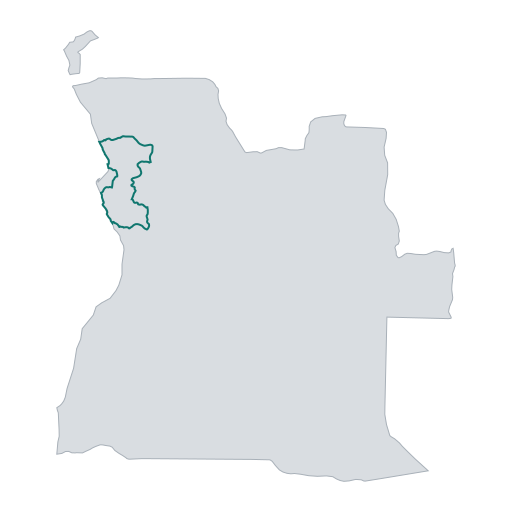 location of Bengo within Angola
{"feature_id": "AGO-1877", "entity_name": "Bengo", "entity_type": "Province", "adm_level": 1, "iso_a3": "AGO", "parent_name": "Angola", "parent_adm1": "", "projection": "albers", "projection_center": [13.878, -9.029], "detail": "fine", "context": "in_parent", "style": "outline", "palette": "teal", "viewbox_px": 512, "rotation_deg": 0, "n_neighbors": 0, "source": "natural_earth", "source_scale": "10m", "svg_char_len": 7604}
<svg xmlns="http://www.w3.org/2000/svg" viewBox="0 0 512 512"><path d="M453.1,248.3L453.7,252.7L454.2,258.7L454.6,263.1L455.1,265.0L455.2,266.1L454.6,267.2L454.0,269.7L453.1,272.0L452.5,273.6L452.9,276.6L451.9,285.2L451.7,289.5L452.7,297.3L452.5,299.6L449.6,306.6L448.8,310.1L448.6,312.0L451.2,317.3L451.0,318.3L448.9,318.6L447.1,318.6L386.9,317.1L384.9,406.8L384.8,414.4L386.5,424.6L389.8,435.6L391.1,436.7L394.6,438.8L399.5,443.0L402.2,446.2L407.7,451.7L415.0,458.8L428.2,470.8L382.7,478.3L365.3,481.1L363.8,481.0L361.3,479.8L355.7,479.4L349.1,480.9L343.9,481.3L340.1,480.5L336.4,478.9L332.8,476.7L326.4,475.9L317.4,476.3L308.8,475.7L300.4,474.2L294.4,473.5L290.8,473.8L287.0,473.3L282.9,472.0L279.4,469.9L275.4,465.5L272.2,461.3L271.3,460.7L270.3,460.0L269.3,459.8L251.4,459.4L142.2,458.6L129.5,459.2L128.5,459.1L126.9,458.6L125.9,457.7L122.3,455.3L119.2,453.5L114.9,450.5L112.2,447.2L109.9,446.1L105.8,445.5L102.7,444.9L100.2,444.8L95.8,446.4L92.5,447.9L90.1,449.4L86.0,451.2L82.5,452.9L76.5,452.7L75.2,452.9L71.8,452.8L68.7,451.4L65.5,451.5L61.9,453.4L56.8,454.2L57.9,441.8L59.2,436.3L59.1,429.8L58.3,412.8L57.4,410.4L56.8,407.7L60.0,405.6L61.6,404.0L63.7,401.1L65.3,397.2L67.1,388.4L73.6,368.3L76.7,348.6L80.7,339.2L82.2,328.7L93.3,315.1L96.1,306.8L101.9,302.7L110.1,298.3L116.0,290.6L118.8,285.2L122.0,274.9L122.0,264.2L124.0,249.8L123.6,245.7L120.5,240.0L119.9,235.9L117.1,231.9L114.0,228.9L112.6,223.5L107.2,214.9L105.8,209.2L103.2,205.1L102.8,200.1L101.4,194.8L98.8,189.5L96.3,183.5L96.3,181.6L97.9,179.3L99.4,178.6L98.8,179.7L97.8,181.1L98.1,182.1L108.0,171.5L108.7,169.4L108.3,167.1L108.3,164.3L108.7,161.0L99.2,141.5L91.7,123.4L90.4,114.2L80.4,102.2L76.4,94.4L74.2,88.9L72.5,86.8L73.1,85.7L75.7,85.5L81.4,84.2L89.2,82.8L96.4,79.6L98.3,78.1L102.2,77.8L106.1,78.7L107.5,78.1L108.3,78.0L117.5,78.0L121.3,77.8L128.3,77.9L132.8,78.1L135.3,78.5L142.2,79.0L150.7,78.9L153.8,78.6L165.0,78.5L186.0,78.2L197.0,78.3L205.4,78.4L209.2,79.6L212.7,81.8L214.3,83.7L215.0,84.6L216.0,86.7L217.9,88.4L218.6,90.9L218.0,94.4L218.2,98.5L219.3,103.4L221.6,108.5L225.0,113.9L226.5,118.1L226.0,121.3L227.1,124.6L229.6,128.1L231.5,130.0L232.6,131.4L235.5,136.8L244.9,151.9L246.3,152.6L248.4,152.4L252.9,151.8L257.3,151.7L260.4,153.1L261.7,152.9L266.4,150.4L271.1,149.6L276.1,148.7L278.6,147.6L281.6,147.6L289.6,149.8L291.1,149.9L297.6,150.0L304.1,149.0L305.2,140.4L305.3,138.7L306.9,135.5L308.9,132.7L309.2,130.0L309.2,126.3L310.7,121.9L315.1,118.4L322.2,116.8L326.2,116.6L332.5,115.7L342.2,114.8L345.7,115.0L346.0,115.5L343.8,121.7L343.8,123.7L344.5,125.7L346.1,126.9L365.2,127.5L383.6,128.5L384.6,128.9L385.4,129.3L386.5,132.4L386.1,138.4L384.1,147.1L384.7,155.3L387.6,162.9L387.7,174.6L384.8,190.3L384.1,200.2L385.4,204.4L388.3,208.8L392.8,213.4L396.2,219.4L398.5,226.7L399.3,231.2L398.6,233.1L398.6,236.4L399.3,241.0L398.3,244.0L395.8,245.5L394.9,247.6L396.1,251.6L396.3,255.2L398.0,257.6L399.1,257.8L401.7,256.6L404.8,254.2L407.2,253.3L410.7,253.5L415.5,254.3L424.0,254.7L426.6,254.4L434.6,251.3L436.7,251.1L439.8,251.5L444.2,252.6L448.6,252.9L450.9,252.0L451.1,250.7L451.8,249.0L453.1,248.3ZM98.4,37.5L97.9,38.0L94.2,39.5L90.4,40.9L85.3,46.5L82.7,48.9L81.9,49.5L79.6,50.8L77.9,52.0L77.9,52.6L79.1,53.3L80.2,54.5L80.2,63.6L79.7,72.6L79.1,73.4L75.8,73.7L71.5,74.3L70.1,74.7L69.6,73.8L68.2,70.6L69.0,67.5L69.9,65.1L68.9,60.4L66.6,56.2L64.3,50.8L63.6,49.8L65.5,48.1L68.5,44.3L69.7,42.3L73.1,41.9L74.4,40.5L75.3,38.3L75.6,37.1L79.5,36.0L84.1,34.1L86.7,32.1L89.3,30.8L90.9,30.7L92.0,31.3L95.0,34.8L97.6,37.0L98.4,37.5Z" fill="#d9dde1" stroke="#a8b0b8" stroke-width="1"/><path d="M108.4,168.0L108.3,167.5L107.8,165.3L107.5,164.2L107.9,164.1L108.2,164.2L108.5,164.1L108.7,163.8L108.8,163.5L108.8,161.0L108.7,160.2L108.4,159.5L105.3,154.7L104.9,154.4L104.5,152.9L104.2,152.3L103.9,151.9L103.5,151.1L103.3,150.7L102.7,149.5L102.5,148.0L100.3,144.0L99.3,141.9L99.6,141.9L101.1,141.7L102.0,141.5L102.6,141.2L102.9,141.0L103.2,140.9L103.4,140.7L104.2,140.0L104.3,140.0L104.5,140.1L104.8,140.3L105.0,140.3L105.3,140.4L105.5,140.3L105.7,140.2L105.8,140.0L105.8,139.8L106.0,139.6L106.3,139.3L106.7,139.2L107.5,138.9L108.8,138.6L109.1,138.6L109.4,138.7L109.7,138.8L110.3,139.4L110.4,139.5L110.8,139.7L111.0,139.8L111.6,140.0L112.4,140.0L112.8,140.0L116.5,138.8L116.8,138.7L117.0,138.5L117.2,138.4L117.5,138.2L118.2,138.0L118.6,137.9L119.7,137.9L120.1,137.8L120.3,137.8L120.4,137.6L120.5,137.5L121.2,137.3L121.4,137.1L121.5,136.9L122.5,136.5L122.8,136.4L123.0,136.2L125.4,136.5L132.1,136.6L133.1,136.9L133.8,137.5L134.3,138.2L136.6,140.4L138.5,142.8L139.3,143.5L140.2,144.1L142.7,145.2L143.7,145.5L144.5,145.7L145.6,145.6L150.2,144.7L151.8,145.1L152.3,145.6L152.6,146.4L152.3,151.7L152.1,152.5L150.7,154.7L150.3,155.6L150.0,156.5L149.9,157.9L150.0,159.1L150.7,162.0L149.8,162.3L149.5,162.6L149.3,162.6L149.2,162.6L148.9,162.3L148.8,162.2L148.7,162.1L147.2,161.8L146.1,161.7L145.7,161.7L145.4,161.7L144.0,161.8L143.8,161.8L143.1,161.6L142.7,161.5L141.9,161.5L141.4,161.6L140.3,162.1L138.9,163.0L137.6,164.2L137.6,165.2L137.6,165.5L137.8,166.0L138.3,166.8L139.2,167.6L140.0,168.5L141.1,171.8L141.2,172.5L141.2,173.3L140.9,174.0L140.5,174.7L140.0,175.4L139.3,176.0L138.1,176.6L136.7,177.2L133.0,178.2L131.8,179.1L131.6,179.8L131.8,180.2L132.3,180.7L133.4,181.5L133.6,181.8L133.7,182.2L133.7,182.8L133.2,183.7L132.6,184.2L131.9,184.6L131.4,185.0L131.4,185.6L132.2,186.2L133.9,186.7L134.5,187.1L134.8,187.8L134.6,188.4L134.6,189.0L135.0,189.8L135.6,190.6L135.5,190.9L135.3,191.5L134.3,192.8L133.9,193.5L133.1,196.1L131.8,199.2L132.1,199.2L133.0,200.1L133.8,202.0L134.3,202.6L134.8,202.8L135.6,202.8L136.4,202.7L136.8,202.5L137.2,202.7L137.8,203.1L137.9,203.4L138.1,204.2L138.3,204.4L139.4,204.6L139.6,204.7L139.9,204.7L141.0,204.4L141.7,204.4L142.4,204.6L143.1,204.9L143.6,205.3L144.4,206.2L144.7,206.4L145.6,206.9L145.8,207.0L146.3,207.7L146.6,207.7L146.8,207.6L147.0,207.4L147.4,207.3L147.8,210.0L147.8,212.4L147.7,213.5L147.5,214.4L147.0,215.0L146.6,215.9L146.7,216.7L147.3,218.5L147.6,219.7L147.3,220.5L147.1,221.3L147.1,222.0L147.5,222.8L148.0,223.3L149.0,224.2L149.1,225.7L149.0,226.3L148.7,227.1L147.9,228.6L146.9,229.5L144.7,228.5L143.3,227.2L142.7,226.4L141.9,225.7L139.4,224.6L138.4,224.3L137.5,224.1L136.8,224.1L136.0,224.1L135.3,224.3L134.5,224.7L133.7,225.1L131.7,226.9L130.4,227.6L129.8,228.2L129.6,228.3L129.3,228.4L129.1,228.4L128.8,228.2L128.7,228.0L128.4,227.7L127.9,227.5L127.0,227.2L126.3,227.2L125.8,227.2L123.9,227.5L123.5,227.5L123.3,227.3L123.2,227.1L122.9,227.0L122.5,226.9L121.6,226.9L121.1,226.8L120.2,226.5L119.9,226.4L119.9,226.5L119.9,226.8L119.5,227.0L119.3,227.0L119.2,226.9L119.0,226.4L118.0,225.1L117.8,224.7L117.6,224.5L117.2,224.2L115.7,223.3L115.3,223.2L115.0,223.2L114.8,223.1L114.6,223.0L114.5,222.7L114.3,222.5L113.8,222.1L113.5,222.0L113.2,221.9L113.0,222.0L112.9,222.1L112.4,223.2L111.3,221.6L110.8,220.9L110.5,219.3L110.0,218.6L108.7,217.3L106.8,214.2L106.8,213.7L107.1,213.2L107.3,212.5L107.1,211.2L106.4,209.8L105.5,208.4L102.9,205.3L102.6,204.7L102.8,204.1L103.5,203.4L103.7,202.8L103.7,202.2L103.5,201.5L103.2,201.0L102.9,200.8L103.0,200.4L101.9,197.3L101.9,196.7L101.9,195.2L101.8,194.7L101.2,193.5L101.0,192.8L102.1,192.3L102.4,192.1L103.1,191.1L103.6,189.8L104.4,188.6L105.5,187.6L106.3,187.2L106.9,187.2L108.1,187.3L108.8,187.3L109.3,187.1L109.8,187.0L110.4,187.1L111.9,187.5L112.1,186.8L112.8,180.9L114.0,179.3L115.0,177.5L115.7,176.9L116.2,176.6L117.2,176.4L117.3,175.4L117.0,173.8L116.5,171.7L116.0,170.8L115.4,170.2L114.8,170.0L114.1,170.2L113.6,170.2L113.2,170.2L111.7,169.0L110.9,168.5L110.3,168.3L108.4,168.0L108.4,168.0Z" fill="none" stroke="#0f766e" stroke-width="2"/></svg>